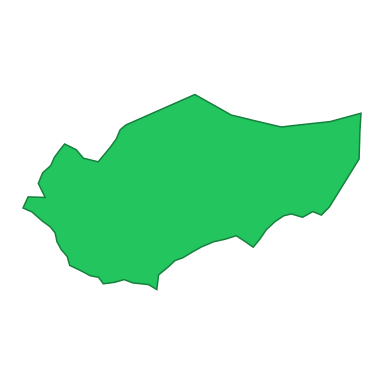 Serraria, Paraíba, Brazil (Robinson projection)
{"feature_id": "56859067B89128788877963", "entity_name": "Serraria", "entity_type": "district", "adm_level": 2, "iso_a3": "BRA", "parent_name": "Brazil", "parent_adm1": "Paraíba", "projection": "robinson", "projection_center": [-35.654, -6.835], "detail": "fine", "context": "isolated", "style": "filled", "palette": "green", "viewbox_px": 384, "rotation_deg": 0, "n_neighbors": 0, "source": "geoboundaries", "source_scale": "gbopen_adm2", "svg_char_len": 876}
<svg xmlns="http://www.w3.org/2000/svg" viewBox="0 0 384 384"><path d="M156.8,289.5L158.6,274.9L168.4,266.8L175.1,260.5L182.6,257.9L192.4,252.0L201.7,246.8L213.5,241.8L225.2,239.2L236.2,235.7L244.2,240.9L253.2,247.2L259.8,239.2L266.5,229.5L274.8,221.8L283.5,215.9L291.3,213.9L302.6,217.3L312.8,211.6L321.4,215.1L329.3,207.1L359.1,159.0L359.9,131.5L361.0,113.2L330.1,121.6L299.1,124.9L281.3,127.0L253.2,120.4L231.2,115.0L194.8,94.5L126.0,124.9L120.2,129.7L116.3,138.9L110.0,147.6L98.2,161.8L83.4,158.2L76.2,149.7L64.6,144.0L59.4,150.5L54.4,157.3L50.7,165.6L42.6,172.9L38.3,183.5L45.2,197.4L28.1,196.9L23.0,208.0L31.9,211.9L42.6,221.3L50.1,226.7L55.1,232.9L57.0,241.8L61.4,249.8L67.2,256.5L69.7,265.4L80.2,270.4L90.4,275.8L98.5,277.3L103.3,283.8L114.3,282.4L124.1,279.6L132.8,282.9L141.0,283.8L148.5,284.6L156.8,289.5Z" fill="#22c55e" stroke="#15803d" stroke-width="1.5"/></svg>